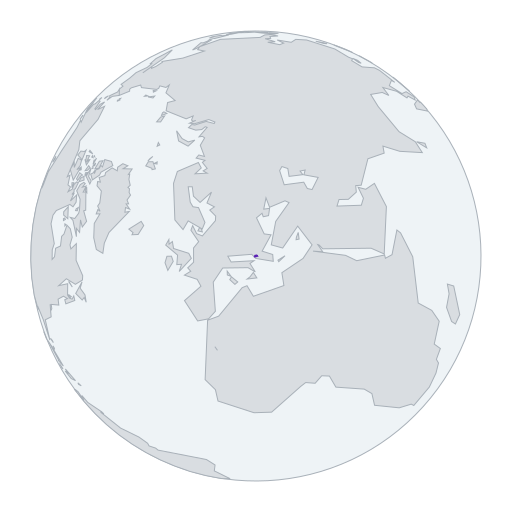 Berat highlighted on a globe, orthographic projection, rotated 312°
{"feature_id": "ALB-1523", "entity_name": "Berat", "entity_type": "County", "adm_level": 1, "iso_a3": "ALB", "parent_name": "Albania", "parent_adm1": "", "projection": "orthographic", "projection_center": [20.072, 40.618], "detail": "fine", "context": "on_globe", "style": "filled", "palette": "violet", "viewbox_px": 512, "rotation_deg": 312, "n_neighbors": 0, "source": "natural_earth", "source_scale": "10m", "svg_char_len": 10833}
<svg xmlns="http://www.w3.org/2000/svg" viewBox="0 0 512 512"><g transform="rotate(312 256 256)"><circle cx="256" cy="256" r="225" fill="#eef3f6" stroke="#a8b0b8"/><path d="M161.3,51.6L169.3,48.7L163.0,51.4L166.9,50.2L175.1,47.0L179.6,45.3L204.1,41.1L231.7,37.0L239.5,34.8L238.5,36.5L252.7,32.2L267.1,31.9L251.4,33.1L250.1,33.9L260.2,33.7L261.1,34.6L266.5,35.3L266.7,36.6L257.5,37.8L257.4,38.8L264.5,38.7L269.2,40.4L258.8,40.3L265.9,43.3L251.8,47.2L223.8,48.0L216.4,53.2L188.6,62.7L191.6,63.7L183.0,68.7L183.2,71.9L178.0,73.3L182.7,74.7L187.4,72.9L191.0,73.1L191.6,74.9L185.0,76.8L183.8,76.2L182.2,77.7L178.6,78.0L180.7,78.9L172.7,81.3L181.4,81.9L175.6,86.3L170.1,87.1L169.8,83.2L156.2,77.2L150.5,77.8L142.8,82.1L130.2,97.8L124.3,100.4L117.0,106.8L120.6,106.8L127.7,101.9L132.6,104.0L140.6,98.4L143.8,98.6L152.4,94.9L152.0,99.8L147.0,106.8L139.8,110.3L137.4,113.7L145.0,114.2L132.4,125.2L125.4,140.4L122.0,143.1L114.1,140.7L112.2,130.3L101.9,129.2L109.4,134.6L100.9,142.1L99.9,145.6L100.9,148.2L104.4,147.3L101.7,151.1L93.2,146.7L95.6,143.1L98.2,144.4L97.3,139.8L91.5,137.8L87.6,142.3L83.0,136.2L80.2,139.5L77.6,140.3L82.4,135.3L73.7,144.5L67.6,142.1L55.6,159.1L66.4,140.4L69.7,133.6L72.6,127.4L70.5,130.0L77.1,119.6L78.2,117.7L89.7,104.0L102.3,91.3L115.8,79.7L130.2,69.1L145.4,59.7L161.3,51.6ZM57.8,148.8L55.7,153.0L53.9,156.4L57.8,148.8ZM44.7,177.8L44.7,178.0L44.7,177.8ZM35.5,209.9L34.9,212.9L35.8,210.6L36.1,214.6L33.6,224.6L35.8,219.9L34.6,229.0L36.8,244.4L36.0,245.4L37.5,270.5L43.1,290.1L44.3,300.8L43.3,303.6L46.1,310.0L46.2,313.1L61.0,337.7L71.6,355.4L73.3,365.4L68.4,368.8L73.2,385.8L67.5,379.3L59.2,365.6L51.8,351.3L45.6,336.4L40.4,321.2L36.3,305.7L33.3,289.9L31.4,273.9L30.7,257.8L31.2,241.7L32.8,225.7L35.5,209.9ZM52.4,163.9L45.3,186.5L46.1,179.1L46.5,179.2L49.0,172.2L52.5,162.3L54.1,156.9L52.4,163.9ZM56.4,161.5L57.4,158.3L56.9,160.8L56.4,161.5ZM181.4,44.5L175.2,46.9L167.4,49.7L172.5,47.5L181.4,44.5ZM196.3,40.6L193.7,41.7L189.6,42.1L192.4,41.3L196.3,40.6ZM244.9,33.3L239.6,33.8L244.4,33.1L244.9,33.3ZM267.2,35.2L268.4,34.8L270.7,35.4L267.2,35.2ZM152.0,92.5L152.2,93.7L150.5,93.8L152.0,92.5ZM155.6,89.9L153.5,89.2L154.9,87.9L156.2,88.4L155.6,89.9ZM273.1,38.0L276.4,39.2L271.4,38.1L273.1,38.0ZM157.8,91.2L157.7,85.7L160.2,83.5L167.0,83.5L157.8,91.2ZM277.2,40.0L285.3,43.4L288.7,42.8L283.8,46.9L278.5,42.4L271.9,41.0L276.4,41.0L277.2,40.0ZM188.6,71.6L183.6,73.5L187.3,70.2L188.6,71.6ZM190.1,69.4L196.1,60.0L203.8,58.4L200.2,61.7L209.7,58.5L210.5,62.3L205.4,64.9L200.3,65.1L204.5,66.5L190.1,69.4ZM279.7,49.0L280.3,50.2L277.9,49.2L279.7,49.0ZM192.7,72.9L193.3,71.0L199.9,69.3L200.1,72.9L197.9,72.3L192.7,72.9ZM211.8,56.0L216.8,55.7L218.8,58.5L221.0,58.9L211.2,62.3L211.8,56.0ZM196.7,73.6L200.0,74.8L197.4,77.4L192.7,74.7L196.7,73.6ZM201.6,67.5L204.8,66.9L203.1,68.4L201.6,67.5ZM189.9,87.9L190.4,85.2L193.9,84.1L189.9,87.9ZM201.4,75.2L202.3,74.3L203.8,73.6L205.4,75.0L201.4,75.2ZM213.3,64.2L213.0,65.6L217.4,62.9L219.1,65.3L212.2,67.2L215.8,67.4L216.4,68.1L210.2,69.0L213.3,64.2ZM211.3,74.6L203.1,78.3L201.5,83.3L198.3,84.3L201.6,76.3L211.3,74.6ZM211.2,71.2L210.6,73.5L206.9,73.4L205.1,71.9L211.2,71.2ZM222.7,66.3L221.9,62.2L223.4,61.9L222.7,66.3ZM211.6,76.0L213.5,75.0L211.9,76.3L211.6,76.0ZM220.1,69.2L219.6,67.7L221.3,67.4L220.1,69.2ZM217.9,74.6L215.2,75.7L213.9,74.6L217.9,74.6ZM219.5,72.1L222.0,72.1L215.0,73.6L218.9,71.5L219.5,72.1ZM221.8,69.2L222.7,68.5L221.8,69.8L221.8,69.2ZM224.4,78.5L215.9,80.5L213.0,77.9L221.6,76.2L224.4,78.5ZM138.2,359.4L122.8,324.8L129.5,315.3L130.1,300.9L175.9,263.0L186.3,268.5L223.2,266.9L227.9,269.2L224.3,281.0L252.7,296.5L260.9,286.4L285.7,292.6L301.8,290.2L306.1,267.0L279.8,270.5L274.5,259.9L294.9,247.5L317.8,244.8L316.4,240.6L301.3,233.5L305.9,224.5L296.0,230.4L300.5,234.2L294.4,238.3L290.0,235.1L291.8,231.9L284.7,230.8L277.9,247.3L281.8,253.0L263.7,257.3L268.3,267.4L263.6,272.4L254.0,257.4L254.4,251.7L237.0,235.2L234.9,241.5L251.2,257.7L246.4,256.5L243.7,266.1L242.0,257.9L224.8,239.3L208.0,241.7L187.7,262.8L177.6,262.8L168.7,256.1L175.0,232.7L196.7,235.3L199.3,227.9L193.9,215.6L201.0,217.7L201.5,213.2L209.6,213.8L220.2,204.2L228.3,203.8L231.6,190.4L236.2,188.6L232.9,196.9L235.0,202.7L255.1,202.2L258.7,199.3L259.2,190.9L264.7,192.2L262.6,184.1L273.7,180.2L258.4,178.6L258.6,169.5L264.8,162.3L262.1,159.3L252.0,171.1L250.4,176.2L253.5,180.9L246.8,195.6L240.1,198.0L236.7,182.1L226.8,184.1L228.5,171.6L254.8,146.1L266.2,141.0L286.9,150.6L284.8,156.4L276.3,155.7L284.9,164.3L283.9,159.8L288.4,161.1L289.7,153.5L293.0,154.1L288.7,146.0L292.8,145.9L295.5,151.1L301.0,140.5L309.4,138.8L309.1,136.2L306.4,133.9L318.9,133.6L318.1,131.8L313.7,131.1L309.2,127.0L306.2,120.0L310.7,120.3L312.4,122.9L322.7,129.0L326.5,136.3L328.1,135.8L325.8,129.6L313.3,121.9L310.2,117.7L316.5,120.5L314.0,119.1L313.9,117.1L318.0,115.6L311.2,112.3L303.8,92.0L310.9,87.6L317.4,91.9L317.0,79.9L325.1,77.1L321.0,76.3L318.1,70.7L315.5,71.5L313.3,70.7L304.5,58.2L305.9,55.9L297.5,50.8L295.4,50.5L293.9,51.8L283.8,46.9L288.7,42.8L293.2,43.5L293.3,40.9L303.5,43.1L312.1,44.2L323.3,48.9L329.1,49.8L328.4,48.8L335.8,49.6L353.2,55.9L342.0,55.3L316.4,49.3L327.1,51.8L325.6,52.8L329.9,54.8L337.4,56.8L337.7,56.0L354.1,69.2L373.8,80.5L370.3,74.6L373.9,74.1L393.2,84.6L421.2,112.8L426.2,114.6L430.3,118.6L434.3,125.2L428.5,119.5L427.5,121.3L423.6,117.4L428.1,126.9L422.7,121.7L428.9,132.2L432.7,134.1L430.7,127.2L438.4,139.2L443.6,140.6L450.4,149.1L462.6,176.1L465.7,191.9L467.2,195.7L465.2,196.4L467.5,208.3L475.1,218.1L476.6,223.6L477.9,242.9L477.1,239.1L471.8,241.1L474.4,255.8L478.5,257.6L480.1,267.1L478.4,269.9L476.5,262.0L474.5,262.4L472.5,250.3L466.1,237.5L464.2,247.3L462.0,240.4L452.8,233.1L448.8,246.9L444.1,279.1L447.5,297.9L444.1,310.4L430.0,292.8L422.6,276.8L418.2,282.4L403.1,274.1L379.0,286.8L375.0,283.0L370.6,287.8L359.9,286.7L353.5,279.9L347.3,282.8L364.2,300.3L370.8,297.2L375.4,285.9L379.0,292.9L389.2,295.4L380.0,319.8L343.3,349.9L338.8,336.3L306.0,300.8L306.4,295.7L306.3,295.2L305.8,294.2L303.8,302.8L297.8,295.1L316.4,322.1L319.9,334.0L342.8,350.9L340.9,353.7L348.0,356.2L369.6,343.3L369.9,348.0L360.3,373.0L329.6,408.0L333.2,423.0L330.1,435.8L309.8,447.4L310.6,454.9L299.9,459.2L298.6,463.2L289.4,468.1L274.6,472.5L250.5,473.3L249.8,470.5L239.0,464.0L224.4,444.0L231.3,434.2L229.5,425.5L212.0,403.1L215.9,390.9L211.0,385.0L201.0,385.1L195.2,377.6L189.1,376.5L150.4,372.1L138.2,359.4ZM161.1,286.1L160.1,290.5L161.1,286.1ZM342.9,253.2L356.0,249.6L348.4,237.3L352.8,235.0L348.6,231.9L347.8,236.4L337.3,227.3L342.3,221.1L339.8,215.4L335.3,216.4L327.8,229.3L342.8,242.1L340.5,249.0L342.9,253.2ZM37.0,244.7L36.9,248.6L36.4,246.1L37.0,244.7ZM44.5,181.8L43.8,185.1L42.9,188.2L43.1,186.3L44.5,181.8ZM42.6,208.5L42.6,213.0L41.9,210.0L42.6,208.5ZM44.5,189.9L42.6,205.3L41.3,200.7L42.8,191.2L42.8,195.4L44.5,189.9ZM53.4,165.2L52.6,167.8L51.7,168.9L53.4,165.2ZM56.1,163.3L56.1,162.7L57.2,160.4L56.1,163.3ZM101.4,142.4L102.0,142.9L102.2,146.0L100.6,145.6L101.4,142.4ZM112.7,154.9L108.0,160.8L110.2,156.1L107.0,156.3L107.5,147.1L120.4,144.0L114.4,146.9L112.7,154.9ZM111.8,134.5L110.0,140.3L111.5,134.2L111.8,134.5ZM196.2,190.0L199.3,193.3L196.6,198.1L186.3,200.1L190.1,192.9L196.2,190.0ZM204.2,197.1L203.7,181.6L210.0,180.2L206.6,183.5L210.8,184.2L206.4,189.7L213.0,204.2L211.0,209.5L193.1,209.3L200.0,206.2L196.6,202.9L204.2,197.1ZM191.1,149.0L190.9,143.5L204.9,147.5L203.5,152.2L193.1,154.0L188.8,149.6L191.1,149.0ZM170.0,92.9L169.0,91.5L170.8,90.8L173.1,91.5L170.0,92.9ZM189.8,86.7L176.1,98.8L174.3,97.7L168.4,106.9L161.3,107.5L165.4,101.4L155.5,109.1L156.4,103.9L150.2,109.6L160.0,96.1L160.4,92.1L162.6,96.2L169.1,95.6L172.0,94.1L180.5,87.3L184.5,79.1L191.5,77.6L195.5,78.8L195.6,80.6L191.0,80.9L194.4,83.0L187.8,84.8L189.8,86.7ZM237.3,100.4L231.9,98.8L237.8,105.7L231.2,106.6L232.3,107.4L227.9,110.3L224.4,115.2L221.3,114.9L221.3,117.0L218.3,119.2L217.3,122.0L211.3,122.7L209.5,126.4L207.8,124.6L206.3,130.8L204.7,126.6L200.8,129.3L204.3,132.0L175.1,131.0L164.0,134.7L155.5,140.4L154.0,133.0L161.0,123.2L172.0,114.0L182.9,111.8L180.3,109.1L184.7,107.4L184.9,110.2L187.2,104.9L190.9,104.4L200.8,97.6L201.8,90.9L205.4,88.5L206.8,90.9L209.4,86.9L214.6,89.9L217.4,88.4L225.2,90.1L226.5,95.9L229.4,93.8L235.5,95.3L237.3,100.4ZM226.5,79.1L229.5,85.3L227.4,89.1L214.6,84.7L211.4,85.6L203.1,83.5L206.3,78.3L208.4,79.3L211.2,79.1L209.1,80.8L212.8,79.4L215.8,80.9L219.5,80.2L219.5,82.3L226.5,79.1ZM232.9,264.8L236.4,265.5L242.0,265.0L240.3,271.3L232.9,264.8ZM220.9,252.3L224.1,251.7L224.5,259.8L220.8,259.3L220.9,252.3ZM225.5,244.7L224.2,251.0L222.7,247.4L225.5,244.7ZM235.8,196.0L239.2,195.1L239.7,197.0L238.0,200.0L235.8,196.0ZM253.4,122.9L250.6,121.0L251.5,119.9L249.2,113.8L253.9,112.9L257.1,116.3L253.4,122.9ZM301.8,271.6L297.4,276.7L294.9,274.9L296.9,273.5L301.8,271.6ZM267.6,275.1L275.6,277.4L267.0,276.7L267.6,275.1ZM258.1,120.9L256.6,118.4L259.8,119.6L258.1,120.9ZM257.2,112.0L261.0,112.7L254.2,112.1L257.2,112.0ZM366.0,423.0L348.8,446.6L338.9,449.7L338.2,445.2L345.3,432.0L357.1,424.8L363.2,417.0L366.0,423.0ZM479.5,284.5L478.4,286.4L472.8,276.9L474.9,272.2L479.9,271.6L479.8,275.1L480.4,275.3L479.9,280.9L479.5,284.5ZM481.2,260.0L481.2,257.6L481.1,251.1L481.1,247.7L480.6,238.1L481.2,260.0ZM448.4,298.9L452.8,306.1L450.6,310.5L448.4,298.9ZM476.5,209.9L477.2,213.2L473.9,198.7L474.1,199.7L476.5,209.9ZM471.9,191.7L471.6,190.8L471.0,188.8L471.6,190.7L471.9,191.7ZM469.4,200.6L469.6,205.2L468.5,202.8L467.6,195.6L469.4,200.6ZM455.6,156.7L459.8,163.7L461.3,166.8L459.3,164.2L455.6,156.7ZM295.9,113.2L293.8,122.5L295.5,129.3L301.2,133.0L292.2,132.0L289.7,121.5L295.9,113.2ZM302.3,94.4L297.2,91.7L299.9,90.7L301.5,91.1L302.3,94.4ZM298.9,94.4L291.8,95.4L289.2,92.4L295.4,92.2L298.9,94.4ZM275.0,107.5L274.1,110.2L271.4,109.1L275.0,107.5ZM470.5,187.2L471.0,189.0L466.0,176.0L464.9,172.5L469.2,183.3L469.3,183.6L470.5,187.2ZM430.6,115.5L428.0,113.0L425.6,109.5L428.0,112.2L430.6,115.5ZM415.3,97.3L424.1,107.9L430.7,117.2L431.0,116.6L436.7,123.6L433.7,121.5L425.5,111.0L421.3,105.0L416.2,100.0L410.3,93.7L404.5,89.4L400.4,85.8L404.4,88.0L415.3,97.3ZM402.1,87.9L389.9,79.7L387.5,75.9L389.6,76.8L396.2,82.0L397.2,83.7L402.1,87.9ZM386.3,76.7L387.0,78.4L370.7,73.0L366.6,71.0L377.7,72.4L379.0,74.1L383.5,76.3L386.3,76.7ZM282.6,50.0L280.5,50.1L281.4,49.2L282.6,50.0ZM312.0,71.3L309.1,70.1L310.2,68.9L312.0,71.3ZM301.9,66.4L302.6,68.6L300.0,66.2L301.9,66.4ZM304.5,73.7L302.0,69.4L307.1,73.7L304.5,73.7Z" fill="#d9dde1" stroke="#a8b0b8" stroke-width="1"/><path d="M255.8,255.0L256.0,255.2L256.1,255.4L256.2,255.5L256.3,255.5L256.5,255.6L256.8,255.8L256.8,256.0L257.0,256.1L257.0,256.3L257.1,256.6L256.9,256.7L256.9,256.8L256.7,256.9L256.7,257.0L256.3,256.7L256.2,256.6L255.9,256.5L255.7,256.4L255.4,256.3L255.4,256.2L255.2,256.0L255.3,256.0L255.3,255.9L255.2,255.8L255.2,255.7L255.1,255.4L255.0,255.2L255.3,255.1L255.5,255.0L255.8,255.0L255.8,255.0Z" fill="#8b5cf6" stroke="#5b21b6" stroke-width="1.5"/></g></svg>